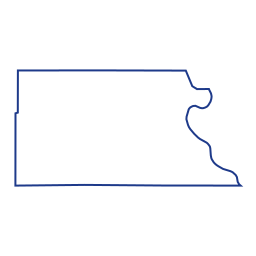 the district of Atchison, Kansas, United States of America
{"feature_id": "52423323B34368338565604", "entity_name": "Atchison", "entity_type": "district", "adm_level": 2, "iso_a3": "USA", "parent_name": "United States of America", "parent_adm1": "Kansas", "projection": "equal_earth", "projection_center": [-95.118, 39.536], "detail": "fine", "context": "isolated", "style": "outline", "palette": "blue", "viewbox_px": 256, "rotation_deg": 0, "n_neighbors": 0, "source": "geoboundaries", "source_scale": "gbopen_adm2", "svg_char_len": 828}
<svg xmlns="http://www.w3.org/2000/svg" viewBox="0 0 256 256"><path d="M15.4,185.6L84.7,184.9L161.2,185.5L240.6,185.6L239.1,184.3L237.7,181.8L236.9,177.1L235.7,175.0L232.6,172.2L230.5,171.2L223.0,168.9L218.3,166.2L216.5,165.0L214.9,163.6L213.7,162.3L211.8,159.3L211.3,158.0L210.8,155.3L210.3,148.5L210.0,146.9L209.4,145.7L207.8,143.7L206.7,142.7L200.0,139.0L198.0,137.5L194.2,133.8L190.4,129.3L189.0,127.2L188.0,124.9L186.4,119.2L186.6,116.6L188.7,109.4L189.1,108.7L190.3,107.4L191.9,106.5L193.1,106.0L195.4,105.8L200.2,107.9L201.9,108.2L203.0,108.2L204.8,107.7L206.7,106.8L207.6,106.0L208.4,105.1L210.5,101.6L211.3,98.9L211.6,96.7L211.5,95.7L211.0,93.4L209.1,89.6L208.9,89.0L197.0,89.1L192.3,86.2L185.8,70.6L101.9,70.4L80.7,70.4L17.9,70.5L17.8,112.6L15.5,113.3L15.4,185.6Z" fill="none" stroke="#1e3a8a" stroke-width="2"/></svg>